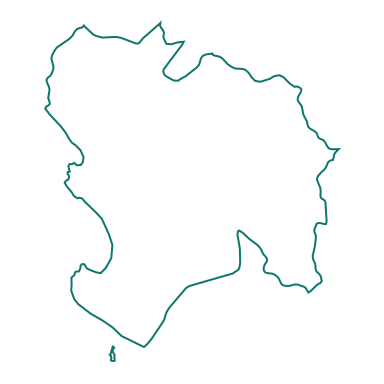 map outline of Piura (Mercator projection)
{"feature_id": "PER-567", "entity_name": "Piura", "entity_type": "Department", "adm_level": 1, "iso_a3": "PER", "parent_name": "Peru", "parent_adm1": "", "projection": "mercator", "projection_center": [-80.245, -5.271], "detail": "fine", "context": "isolated", "style": "outline", "palette": "teal", "viewbox_px": 384, "rotation_deg": 0, "n_neighbors": 0, "source": "natural_earth", "source_scale": "10m", "svg_char_len": 3865}
<svg xmlns="http://www.w3.org/2000/svg" viewBox="0 0 384 384"><path d="M160.4,23.0L160.1,25.6L160.8,27.3L163.1,30.5L163.9,32.3L163.9,33.6L163.4,36.3L163.4,37.6L166.3,43.8L171.2,44.3L177.2,42.5L183.7,41.7L182.1,44.8L163.7,69.3L163.2,71.7L164.4,74.7L166.3,76.3L172.5,79.9L174.9,80.7L177.3,80.7L178.4,80.6L179.8,79.4L185.5,76.3L196.2,68.0L198.4,65.7L199.5,63.5L200.9,58.6L202.1,56.6L203.2,55.7L204.7,54.9L206.2,54.4L211.9,53.7L212.3,53.5L213.2,55.1L215.5,55.8L218.3,56.3L220.7,57.2L223.2,59.3L227.8,64.3L230.6,66.2L234.4,68.3L238.0,68.7L241.6,68.8L245.2,69.7L248.8,73.0L251.7,77.4L255.2,80.9L260.3,81.8L269.7,78.9L274.5,76.0L279.6,75.3L283.4,77.2L290.5,84.2L291.5,84.7L293.5,86.2L294.4,86.7L297.8,86.6L300.6,88.3L301.4,89.6L301.0,91.7L297.8,97.4L297.7,100.4L301.8,106.4L303.4,114.7L307.0,121.6L307.5,124.3L308.5,127.3L310.9,129.2L313.8,130.7L316.2,132.5L317.0,133.8L317.9,136.6L318.6,137.8L319.8,138.6L322.5,139.7L323.8,140.5L325.6,143.1L327.1,146.1L329.0,148.5L332.2,149.3L338.7,149.1L335.2,152.7L334.2,154.4L333.6,157.8L332.9,160.0L331.5,160.2L329.9,160.8L328.2,162.1L325.8,167.5L324.3,169.6L321.9,171.7L318.2,175.7L317.2,178.0L317.0,179.9L320.3,188.0L320.6,189.9L320.7,192.1L320.4,195.6L320.9,197.6L321.9,198.8L323.2,199.4L324.5,200.4L325.4,201.8L326.6,221.1L326.0,224.0L324.0,224.1L322.6,223.6L321.2,223.2L318.7,223.0L317.4,223.4L316.7,223.8L314.7,228.5L314.3,229.6L314.3,230.2L314.3,231.0L314.6,232.5L315.5,234.5L315.7,235.2L315.8,236.1L315.8,238.8L314.8,246.7L312.7,255.7L312.9,258.2L313.3,259.7L315.1,263.8L315.4,265.2L315.5,268.6L315.6,268.8L316.0,270.3L316.5,271.4L316.8,271.8L317.0,272.0L318.6,273.4L320.4,275.4L321.8,281.0L320.2,283.1L318.9,283.7L317.4,284.6L315.8,286.0L310.8,291.0L308.4,292.5L305.8,288.1L304.7,287.2L303.1,286.4L297.5,284.6L295.7,284.4L294.0,284.6L291.1,285.5L288.0,286.0L286.6,285.9L283.8,285.6L282.3,284.8L281.2,283.7L279.4,279.8L278.6,278.3L277.4,276.8L275.4,275.1L273.6,274.2L271.9,273.6L268.0,273.2L265.8,272.7L264.6,271.8L263.9,270.5L263.7,269.2L263.6,268.4L263.8,267.4L264.1,266.2L265.3,263.6L266.2,262.5L266.9,261.3L267.1,259.8L266.7,258.3L265.6,256.7L263.6,254.4L262.8,253.3L262.1,251.7L261.4,249.9L259.3,246.9L257.7,245.2L249.2,238.8L243.1,233.1L239.5,230.7L238.9,230.6L238.1,231.2L237.4,234.4L239.8,248.1L240.2,262.6L239.6,266.7L238.8,269.1L237.6,270.2L232.7,273.5L189.4,286.0L187.6,287.0L185.9,288.2L169.1,308.0L166.9,311.6L166.0,313.5L164.4,319.1L163.6,320.9L151.7,338.7L147.0,344.4L143.9,347.0L130.3,340.3L121.6,336.1L112.8,327.6L102.7,320.6L90.4,313.5L78.2,304.1L74.1,298.9L71.2,290.6L71.6,285.1L71.5,278.9L71.4,277.6L74.3,275.2L75.1,272.5L75.8,271.6L78.9,271.4L80.4,268.2L80.5,265.9L81.9,264.1L84.3,264.3L87.0,268.5L91.0,270.4L96.3,272.4L100.7,273.1L105.8,268.0L111.3,258.1L112.4,245.0L108.9,234.3L101.9,218.9L97.6,214.1L84.6,201.5L82.3,198.6L79.2,197.7L77.3,198.3L74.0,196.0L71.1,191.4L67.5,187.3L64.7,183.0L65.3,181.7L66.3,180.5L68.1,179.7L69.2,176.9L68.7,175.3L67.5,173.9L67.7,172.1L69.7,171.6L69.0,169.1L68.4,166.1L69.6,164.0L71.8,164.3L74.3,162.9L76.6,165.3L80.8,165.0L82.9,161.9L83.5,157.0L80.5,150.3L75.9,145.6L71.5,142.3L68.2,137.3L65.9,133.1L61.2,126.8L50.0,114.8L45.3,108.8L45.9,106.9L47.6,106.0L49.8,104.0L49.4,101.2L48.2,98.1L49.4,90.9L49.4,88.7L48.7,86.2L47.3,83.3L46.5,80.6L47.0,78.5L48.5,77.2L49.5,76.5L50.3,75.7L51.4,74.2L53.3,69.4L53.4,66.2L51.4,58.4L52.0,55.6L53.6,52.3L55.5,49.2L57.1,47.3L69.2,39.0L72.4,35.8L75.0,31.2L77.0,29.0L79.6,28.1L82.1,27.5L83.6,25.9L83.8,25.6L83.9,25.8L93.0,34.3L95.6,35.8L102.4,37.6L113.6,37.0L117.6,37.1L122.3,38.3L135.6,43.4L137.4,43.6L138.0,43.5L139.1,42.9L140.1,41.9L142.9,38.4L160.3,23.1L160.4,23.0ZM114.2,347.6L113.5,348.6L112.5,350.9L113.3,352.9L114.4,354.2L114.5,355.9L114.4,358.2L114.7,360.7L113.2,361.0L111.3,360.8L110.8,359.5L111.4,358.1L110.9,355.9L109.7,354.8L110.8,353.6L111.2,351.6L112.8,346.6L114.2,347.6Z" fill="none" stroke="#0f766e" stroke-width="2"/></svg>